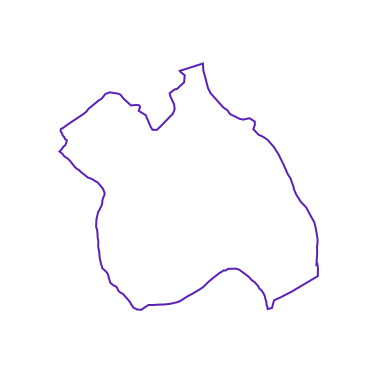 outline of Abu Tisht, Qina, Egypt, rotated 194°
{"feature_id": "37247803B97823956456767", "entity_name": "Abu Tisht", "entity_type": "district", "adm_level": 2, "iso_a3": "EGY", "parent_name": "Egypt", "parent_adm1": "Qina", "projection": "natural_earth1", "projection_center": [32.102, 26.129], "detail": "fine", "context": "isolated", "style": "outline", "palette": "violet", "viewbox_px": 384, "rotation_deg": 194, "n_neighbors": 0, "source": "geoboundaries", "source_scale": "gbopen_adm2", "svg_char_len": 3117}
<svg xmlns="http://www.w3.org/2000/svg" viewBox="0 0 384 384"><g transform="rotate(194 192 192)"><path d="M330.4,199.2L327.1,197.8L324.4,195.6L321.1,194.6L317.9,192.7L315.6,190.9L313.3,189.1L312.5,188.5L311.4,187.7L309.8,186.9L306.5,185.7L304.9,184.6L301.4,183.1L299.0,182.0L296.8,180.9L292.0,180.4L288.7,179.2L285.9,178.5L284.0,177.1L282.0,175.7L279.1,173.5L277.9,171.8L276.6,170.0L276.3,168.6L276.3,168.4L276.2,168.2L276.7,165.6L276.9,162.5L276.8,161.3L276.5,159.8L276.4,157.6L277.5,152.0L278.2,150.1L278.2,147.5L278.1,144.3L278.1,141.9L277.6,140.1L277.2,137.8L276.5,134.8L274.9,132.4L273.7,128.9L273.0,126.6L272.4,124.6L270.9,121.3L269.7,116.0L267.5,111.3L265.8,106.2L263.5,101.5L262.5,99.6L261.7,98.3L260.5,96.3L258.7,95.4L258.4,95.2L256.3,94.1L254.4,92.7L252.9,90.5L252.0,88.8L250.6,86.4L249.1,84.0L245.9,82.5L242.9,81.9L241.5,80.9L239.5,78.3L236.7,76.9L234.3,76.4L232.6,75.2L230.8,73.9L228.7,72.6L227.9,72.0L226.5,70.9L225.2,70.0L224.1,68.4L222.8,67.4L220.6,65.5L218.7,65.2L216.9,64.7L214.5,65.1L212.8,65.4L210.9,67.5L208.2,70.5L206.9,71.8L203.0,72.8L197.9,74.4L194.3,75.4L194.3,75.5L192.2,76.0L186.6,78.0L180.6,81.0L177.1,83.3L171.5,89.3L167.3,93.1L162.9,97.4L159.5,100.9L157.5,103.4L156.2,105.6L154.8,107.9L153.8,109.5L152.0,112.0L150.3,114.2L149.8,114.8L147.8,117.5L145.7,120.1L143.7,122.0L142.4,123.6L140.5,123.9L139.5,124.9L138.5,126.1L135.2,127.1L130.9,128.2L128.5,128.2L128.4,128.2L126.5,127.7L124.9,127.0L121.7,125.7L116.3,123.4L114.2,121.9L112.3,120.7L109.6,119.8L109.1,119.5L107.0,118.0L105.2,116.9L103.3,114.6L100.4,113.1L98.4,111.1L96.4,109.0L95.5,107.1L94.0,104.4L93.2,103.3L92.5,100.8L91.1,98.8L90.2,96.7L86.3,98.9L86.3,102.6L86.2,106.7L85.0,107.7L82.4,109.8L80.6,111.2L79.8,111.9L71.1,119.5L56.5,134.0L50.3,140.1L49.6,140.9L51.4,148.7L53.0,152.5L53.7,151.7L55.8,163.3L57.6,169.4L57.8,172.5L58.7,176.4L61.2,182.4L63.6,187.7L66.1,192.3L70.1,196.5L77.5,204.7L84.2,208.9L87.2,211.9L90.3,214.8L92.6,217.7L94.1,220.0L94.2,220.7L99.7,229.0L101.4,230.6L103.5,232.6L110.4,241.5L117.3,249.6L123.4,255.4L131.6,261.1L137.4,263.0L141.3,263.7L147.7,267.8L147.3,272.5L148.2,275.6L154.0,277.5L155.7,276.7L159.6,274.7L163.2,274.5L174.0,276.8L177.1,279.7L182.2,281.7L184.7,283.4L197.8,292.3L201.7,296.8L205.7,304.3L210.4,312.6L212.5,319.3L233.2,306.6L231.8,305.5L227.3,303.5L226.2,296.5L228.9,292.4L231.5,288.3L233.6,287.4L237.6,282.4L236.0,279.4L230.6,272.8L229.8,270.7L228.9,268.2L229.4,263.5L238.5,247.9L241.1,243.8L245.4,242.8L247.6,244.9L251.5,250.1L253.8,253.1L255.4,255.3L260.4,256.9L263.4,257.9L262.9,261.9L264.4,263.3L266.6,263.2L267.1,263.0L272.2,261.2L281.1,266.1L284.9,269.1L287.0,269.6L293.2,269.0L295.6,268.9L299.7,266.3L302.2,260.7L304.7,258.3L309.6,251.6L311.3,249.4L312.2,248.2L312.5,247.7L313.3,245.9L314.2,244.0L316.0,241.7L318.0,239.4L319.5,237.8L319.9,237.4L322.5,234.5L323.9,233.0L326.6,230.0L327.9,228.6L329.0,227.4L330.3,225.8L331.0,225.0L332.3,223.3L333.0,222.5L334.4,221.6L334.3,219.3L333.5,218.5L332.0,217.1L331.2,215.6L329.0,214.2L328.2,212.7L326.0,212.0L325.9,210.5L325.8,209.7L326.4,206.5L327.7,204.9L329.0,201.6L330.4,199.2Z" fill="none" stroke="#5b21b6" stroke-width="2"/></g></svg>